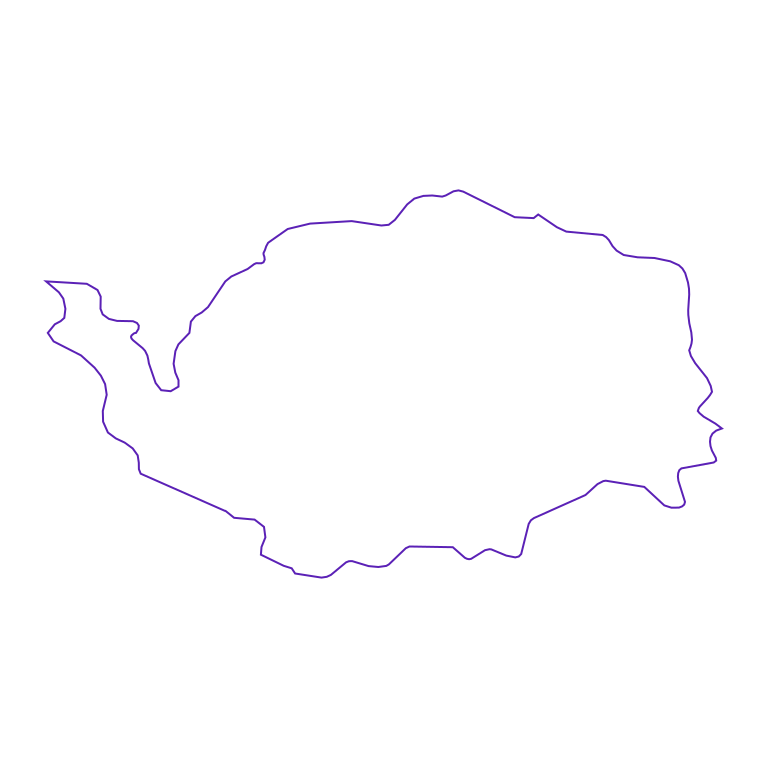 the Region of Karlovarský
{"feature_id": "CZE-1590", "entity_name": "Karlovarský", "entity_type": "Region", "adm_level": 1, "iso_a3": "CZE", "parent_name": "Czechia", "parent_adm1": "", "projection": "natural_earth1", "projection_center": [12.693, 50.171], "detail": "fine", "context": "isolated", "style": "outline", "palette": "violet", "viewbox_px": 768, "rotation_deg": 0, "n_neighbors": 0, "source": "natural_earth", "source_scale": "10m", "svg_char_len": 2513}
<svg xmlns="http://www.w3.org/2000/svg" viewBox="0 0 768 768"><path d="M533.7,218.1L538.2,214.5L556.9,227.2L566.3,231.6L602.7,235.0L606.1,237.1L608.9,240.1L612.6,246.2L616.6,250.6L623.7,255.0L637.6,257.3L654.5,258.0L670.2,261.3L678.8,265.2L682.4,268.5L685.2,273.1L688.0,282.5L689.0,288.7L689.2,294.7L688.2,310.1L688.3,314.9L689.3,323.3L691.3,332.4L692.0,339.7L691.5,343.5L690.5,347.0L689.2,350.3L690.9,356.0L695.2,363.2L707.0,378.1L710.7,385.9L712.0,391.8L710.1,394.9L707.8,397.9L699.8,406.6L698.8,408.1L697.8,411.0L699.6,413.2L703.7,416.7L715.4,423.6L721.9,428.5L716.2,430.6L712.5,433.6L710.5,437.4L710.0,441.7L710.5,446.1L711.9,450.5L715.8,457.9L716.2,460.6L713.7,462.5L681.4,468.4L679.3,470.2L678.2,473.1L677.9,476.7L678.4,480.8L685.0,501.9L684.2,504.6L682.1,506.4L679.0,507.6L671.5,507.7L664.3,505.4L644.3,486.9L605.8,480.7L603.3,481.1L597.5,484.1L585.5,495.0L533.9,518.1L530.9,520.3L528.7,523.9L521.2,554.0L518.8,556.5L515.3,557.4L506.3,555.6L491.3,549.4L489.5,549.2L485.0,550.2L471.2,558.8L469.1,559.2L467.0,558.8L464.9,557.8L452.8,547.2L409.5,546.5L405.8,548.2L388.9,564.4L386.3,565.9L378.3,567.0L368.6,566.1L352.1,561.1L349.0,561.2L346.1,562.3L330.9,574.9L326.8,576.8L321.5,577.6L295.1,573.5L291.7,568.3L283.7,565.8L260.9,554.7L261.5,547.0L265.4,537.4L264.0,526.9L254.6,519.6L234.1,517.8L225.5,510.9L225.0,510.9L140.7,473.7L138.9,469.2L138.8,462.7L137.7,455.4L132.7,448.4L124.7,442.6L115.8,438.4L107.9,432.5L103.1,421.7L102.8,411.0L106.7,394.8L105.1,384.1L100.9,375.7L94.6,367.7L81.0,355.4L53.6,341.4L47.8,332.9L54.8,324.3L60.6,321.2L64.3,317.9L65.4,308.8L63.3,298.6L58.9,292.3L46.1,281.4L60.1,282.2L86.8,283.8L97.5,290.0L100.7,296.6L100.5,308.8L102.7,314.4L108.9,318.9L117.0,320.9L133.0,321.2L137.0,323.0L138.8,325.6L138.5,328.9L136.0,332.9L135.2,333.0L134.4,333.2L133.7,333.6L133.0,334.2L131.5,335.5L131.0,336.9L131.5,338.5L133.0,340.2L142.7,348.2L145.1,350.9L147.4,355.6L148.3,359.7L148.9,363.4L155.6,383.0L161.2,390.2L170.7,391.2L178.5,386.6L178.5,380.2L175.3,372.6L173.6,363.8L175.4,351.1L178.4,344.4L189.4,332.9L190.9,321.6L195.4,316.1L201.7,312.5L208.0,307.1L225.3,281.4L231.3,276.5L247.6,269.0L254.2,264.1L256.2,263.2L261.3,263.3L263.5,262.3L264.7,259.7L264.4,256.9L263.6,254.6L263.5,253.1L265.0,249.9L266.2,246.3L268.1,242.8L272.3,239.8L287.7,229.0L310.1,223.6L351.7,221.1L381.4,225.5L388.7,224.8L394.9,219.9L407.2,204.4L414.3,198.6L423.4,195.9L432.3,195.5L442.2,196.6L445.7,195.5L453.5,191.3L458.5,190.4L463.2,191.6L514.7,217.2L533.7,218.1Z" fill="none" stroke="#5b21b6" stroke-width="2"/></svg>